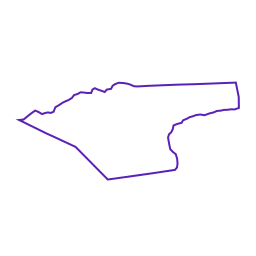 Groaíras, Ceará, Brazil, rotated 94°
{"feature_id": "56859067B67706386881403", "entity_name": "Groaíras", "entity_type": "district", "adm_level": 2, "iso_a3": "BRA", "parent_name": "Brazil", "parent_adm1": "Ceará", "projection": "mercator", "projection_center": [-40.377, -3.916], "detail": "fine", "context": "isolated", "style": "outline", "palette": "violet", "viewbox_px": 256, "rotation_deg": 94, "n_neighbors": 0, "source": "geoboundaries", "source_scale": "gbopen_adm2", "svg_char_len": 1107}
<svg xmlns="http://www.w3.org/2000/svg" viewBox="0 0 256 256"><g transform="rotate(94 128 128)"><path d="M127.6,237.2L139.2,208.8L140.7,204.6L150.5,179.0L180.8,144.6L171.6,101.2L166.5,78.2L164.0,76.4L160.1,76.1L155.4,76.8L150.8,78.5L148.7,81.6L146.3,84.3L141.9,85.6L138.3,86.5L134.7,87.4L131.3,86.6L129.3,84.6L126.1,83.3L122.2,82.7L120.4,78.9L119.1,74.9L116.5,73.6L114.7,70.0L112.9,67.3L112.0,64.7L110.5,61.4L109.5,57.0L109.9,52.5L107.8,47.8L106.5,43.7L104.8,40.5L104.2,36.6L103.2,33.3L102.9,29.9L102.2,27.0L102.0,22.8L100.2,18.8L89.3,19.7L75.2,23.6L75.9,30.3L79.3,61.3L79.6,64.1L81.4,82.6L84.5,110.4L85.9,121.6L85.9,125.0L84.5,128.9L83.8,131.9L83.5,135.8L83.5,140.4L85.2,144.1L87.0,146.3L90.1,147.6L91.2,151.9L93.7,153.7L92.8,156.8L91.7,161.0L90.6,163.8L92.1,166.1L95.6,167.2L95.9,170.8L95.7,175.0L95.7,177.8L97.6,180.7L98.9,184.1L102.0,186.1L104.4,189.5L105.6,192.0L107.2,194.8L109.9,198.3L112.4,201.9L117.0,203.4L118.3,206.0L118.1,209.2L118.9,211.9L120.1,214.8L118.3,218.3L117.1,221.8L119.2,224.4L121.6,227.2L124.4,230.2L126.8,232.7L127.6,237.2Z" fill="none" stroke="#5b21b6" stroke-width="2"/></g></svg>